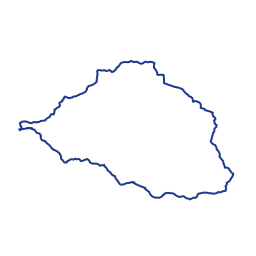 Pipirig, Neamt, Romania (Robinson projection), rotated 184°
{"feature_id": "2599482B8235674515864", "entity_name": "Pipirig", "entity_type": "district", "adm_level": 2, "iso_a3": "ROU", "parent_name": "Romania", "parent_adm1": "Neamt", "projection": "robinson", "projection_center": [26.056, 47.218], "detail": "fine", "context": "isolated", "style": "outline", "palette": "blue", "viewbox_px": 256, "rotation_deg": 184, "n_neighbors": 0, "source": "geoboundaries", "source_scale": "gbopen_adm2", "svg_char_len": 5767}
<svg xmlns="http://www.w3.org/2000/svg" viewBox="0 0 256 256"><g transform="rotate(184 128 128)"><path d="M139.7,192.1L140.6,190.9L140.7,190.2L142.0,188.7L142.0,188.4L143.2,187.6L144.0,186.6L143.9,185.8L145.7,184.2L145.9,183.6L146.6,183.2L147.7,182.9L148.0,182.7L148.6,183.1L149.1,183.8L150.4,184.5L151.4,184.0L153.9,183.3L155.4,184.0L158.0,183.5L160.1,183.7L161.5,183.7L162.4,183.3L162.4,182.9L162.7,182.2L162.3,180.3L162.0,179.7L162.5,178.0L162.2,176.8L162.5,175.8L162.6,174.3L162.3,173.0L162.4,172.8L162.8,172.3L162.7,171.9L162.7,171.6L164.4,170.0L165.6,169.2L166.2,168.6L168.8,167.6L170.4,167.0L171.8,164.4L171.9,164.1L171.7,163.5L172.0,162.7L173.0,161.1L173.5,160.6L174.5,160.3L175.2,159.6L175.7,159.4L178.2,158.4L179.0,157.7L179.7,157.5L181.2,156.6L181.6,156.2L182.3,156.0L183.0,156.0L183.8,155.6L184.9,155.4L186.0,154.4L187.1,154.3L187.9,153.7L189.5,153.8L190.2,154.0L190.6,154.2L191.9,154.4L192.1,154.7L192.4,154.9L193.3,154.8L193.7,154.0L194.0,153.7L194.4,152.0L195.7,151.0L195.5,150.3L195.5,149.9L198.0,148.5L198.2,147.9L197.5,145.8L197.6,145.1L198.0,144.5L198.3,144.3L198.6,144.3L198.9,143.8L200.4,143.0L201.7,141.6L202.5,141.2L202.7,140.9L202.5,140.3L202.6,140.0L202.4,139.1L202.7,138.4L202.7,137.4L203.2,136.3L203.5,136.2L203.8,136.4L204.6,136.6L205.4,136.5L206.2,135.5L206.3,135.0L207.0,133.4L207.9,133.1L208.3,132.7L210.0,131.6L210.9,129.9L211.3,129.8L213.8,129.3L215.6,128.8L217.5,127.6L218.5,127.7L219.9,127.1L220.9,127.5L222.6,127.3L224.4,126.2L225.3,126.1L225.9,126.1L226.7,126.3L227.4,126.7L231.0,127.5L231.9,127.2L233.5,127.1L234.5,126.7L234.8,126.5L235.3,125.7L235.6,125.5L235.8,125.1L236.1,125.1L235.2,122.2L234.4,121.9L234.4,119.8L236.2,119.0L235.6,118.3L235.0,119.0L231.8,119.9L228.5,120.6L228.1,120.7L228.2,121.0L226.8,121.2L226.7,120.9L225.1,121.0L224.6,120.7L224.1,120.5L223.9,120.9L224.0,121.2L223.9,121.2L223.6,120.8L223.6,120.7L223.6,120.4L223.4,120.1L221.4,119.8L221.1,119.6L220.5,119.1L219.8,117.9L218.6,116.9L218.1,116.7L215.9,116.2L215.1,115.4L214.7,114.7L214.3,114.2L214.3,113.9L214.5,112.5L213.6,110.6L213.1,110.0L212.0,109.5L209.9,109.3L209.7,108.9L209.0,108.1L208.2,107.7L208.0,107.2L205.2,105.4L204.7,104.7L203.9,104.0L203.0,102.7L201.6,102.0L200.8,101.0L200.0,101.0L199.8,100.8L197.2,99.9L195.7,98.7L195.1,98.5L194.8,98.0L194.6,97.9L194.3,97.3L193.1,95.7L192.8,95.1L192.8,93.5L192.7,92.8L190.5,90.9L190.0,90.1L189.2,89.3L186.9,89.2L186.6,89.9L186.5,90.4L186.2,90.6L185.4,90.9L185.1,91.3L182.7,92.9L180.3,92.7L178.4,93.7L177.9,93.3L176.9,93.2L175.8,93.6L174.8,93.6L173.6,92.9L172.9,91.8L172.2,91.8L170.8,92.2L169.3,93.0L167.8,93.6L166.7,94.2L165.7,93.8L164.5,92.8L164.3,92.6L164.1,91.9L163.6,91.2L162.0,90.2L161.0,90.0L157.8,90.2L155.9,90.1L155.3,89.7L154.5,89.4L153.3,88.5L152.2,88.9L150.9,89.0L149.3,89.5L149.0,88.5L148.2,87.7L147.4,87.5L147.0,86.9L146.9,86.5L145.6,85.1L145.6,84.7L143.9,83.2L142.7,82.6L141.2,80.8L140.7,80.3L139.3,79.7L139.1,79.4L137.9,79.2L137.7,78.9L136.8,76.9L134.8,74.6L134.3,74.3L134.1,73.7L133.4,73.2L133.2,72.6L132.8,71.9L131.7,71.1L130.8,71.0L128.9,71.3L126.8,72.2L125.3,73.0L123.1,73.3L120.0,74.5L119.4,74.3L119.1,73.8L119.0,73.7L117.9,74.1L117.5,73.2L116.2,72.5L112.9,71.3L111.2,70.9L110.4,70.3L108.9,70.1L107.6,69.5L106.6,69.5L106.4,69.2L106.5,68.3L106.4,68.1L103.7,66.6L102.1,65.3L101.5,63.9L101.0,63.1L98.8,61.3L96.3,60.5L95.6,60.4L93.6,60.7L92.4,60.6L91.4,60.8L89.1,62.3L88.9,63.1L88.3,63.6L87.3,64.1L86.7,65.4L83.7,66.1L80.3,65.9L79.1,66.0L78.1,65.7L77.1,65.4L76.3,64.6L75.0,63.9L72.9,62.9L70.9,63.0L70.2,63.2L69.4,63.6L67.6,63.7L64.5,61.8L62.3,61.8L61.3,61.1L59.7,61.9L58.8,62.6L57.9,63.0L55.8,63.0L55.3,63.9L54.4,64.3L54.2,65.0L53.9,66.7L53.6,67.0L52.9,67.4L50.2,68.2L47.7,68.9L47.0,68.8L45.1,69.0L42.5,68.6L40.0,68.7L38.7,68.4L38.0,68.4L36.3,68.8L35.1,69.2L34.6,69.5L33.8,70.3L32.5,70.2L31.3,70.4L27.8,71.9L27.5,71.8L27.2,72.0L26.4,72.1L26.4,72.4L25.9,73.7L25.9,74.7L26.1,75.4L26.6,76.1L26.6,76.4L26.5,76.9L25.8,77.7L25.5,79.1L25.7,80.1L23.3,81.9L22.4,83.3L21.4,85.4L20.9,86.0L20.4,87.1L19.8,89.0L20.2,89.4L20.0,89.8L21.3,90.5L22.1,91.2L22.7,92.0L22.9,92.5L23.7,93.1L24.2,94.0L25.4,95.1L26.2,95.3L28.6,95.3L28.6,96.0L29.0,96.6L29.7,98.5L30.0,98.8L30.5,99.9L30.7,101.6L30.9,102.0L32.0,102.7L33.8,104.9L34.3,105.2L34.7,105.6L34.8,106.2L34.6,106.9L34.5,107.9L35.3,110.1L36.5,111.4L36.9,112.0L37.8,112.5L38.3,114.2L38.5,114.4L38.7,115.3L39.7,116.9L40.0,117.1L41.8,117.7L42.3,118.0L44.2,119.8L44.5,120.3L44.4,121.5L43.6,123.2L43.6,123.5L43.7,124.5L43.5,125.1L43.4,126.1L43.1,126.7L43.0,127.7L42.8,128.1L42.8,129.0L41.7,130.5L41.8,131.8L41.7,133.0L41.3,133.8L40.0,135.3L39.8,136.0L39.9,137.2L40.9,137.5L41.8,138.5L41.9,139.3L42.6,141.1L42.3,141.8L41.6,142.6L41.4,143.1L42.0,143.8L42.2,144.5L42.4,144.7L43.6,145.5L44.0,146.1L44.8,147.8L44.8,148.5L44.6,149.2L45.9,149.6L46.9,150.1L48.4,150.4L50.4,150.9L51.4,150.9L52.5,151.4L53.2,152.4L56.0,152.9L56.8,153.1L56.8,154.9L57.0,156.0L57.3,156.9L58.0,157.9L58.5,158.3L60.6,159.2L61.6,159.4L63.6,159.5L64.0,159.3L64.5,158.7L64.8,158.7L64.9,158.8L65.7,161.9L67.1,163.3L68.9,163.8L69.9,164.4L70.1,164.6L70.5,165.4L71.5,165.7L72.2,166.2L74.9,168.7L75.5,169.7L76.3,170.4L78.0,171.0L78.8,171.4L79.5,171.5L81.7,172.1L82.6,171.9L83.3,172.2L84.8,172.3L87.3,173.2L90.0,173.7L92.4,174.4L92.8,174.8L94.3,174.9L95.0,175.2L95.3,175.8L95.3,177.6L95.5,178.8L95.5,180.1L95.9,181.3L96.0,183.0L96.4,183.5L99.7,183.4L100.9,183.1L101.5,183.1L102.6,183.4L102.7,183.7L102.6,184.4L102.8,185.3L104.3,187.8L106.3,190.1L106.4,191.5L106.2,194.0L106.3,194.8L109.5,195.6L111.5,195.4L112.6,194.9L114.7,195.3L115.4,195.3L115.9,195.1L117.5,193.7L118.9,193.0L121.4,193.5L122.5,194.2L123.6,194.7L126.3,194.4L127.3,194.1L128.3,194.8L129.7,195.0L130.4,194.8L130.7,194.3L131.4,193.9L132.6,193.7L136.3,193.5L138.5,192.9L139.7,192.1Z" fill="none" stroke="#1e3a8a" stroke-width="2"/></g></svg>